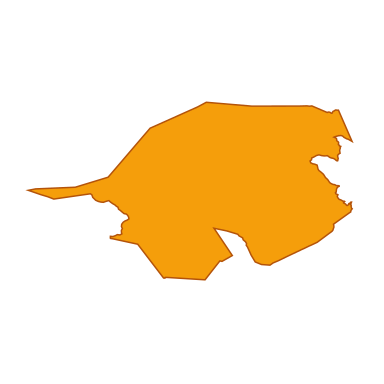 the district of San Juan Mixtepec -Dto. 08 -, Oaxaca, Mexico, rotated 266°
{"feature_id": "50627088B120983506636", "entity_name": "San Juan Mixtepec -Dto. 08 -", "entity_type": "district", "adm_level": 2, "iso_a3": "MEX", "parent_name": "Mexico", "parent_adm1": "Oaxaca", "projection": "equal_earth", "projection_center": [-97.864, 17.366], "detail": "fine", "context": "isolated", "style": "filled", "palette": "amber", "viewbox_px": 384, "rotation_deg": 266, "n_neighbors": 0, "source": "geoboundaries", "source_scale": "gbopen_adm2", "svg_char_len": 3903}
<svg xmlns="http://www.w3.org/2000/svg" viewBox="0 0 384 384"><g transform="rotate(266 192 192)"><path d="M231.3,355.2L263.4,343.8L263.4,343.2L263.6,342.2L263.8,341.0L263.4,340.1L263.0,339.6L262.7,338.5L261.7,337.6L261.0,337.4L260.8,336.8L261.0,336.2L261.6,335.6L262.0,334.9L262.2,334.0L262.2,333.3L261.9,332.4L263.8,328.7L269.5,317.6L269.4,315.2L269.9,312.7L270.2,305.8L272.6,270.3L273.5,257.5L280.5,212.5L276.5,203.6L258.6,154.7L249.4,145.6L216.9,113.6L212.6,109.3L204.9,75.9L206.0,36.2L205.1,28.8L199.9,41.0L197.3,47.9L194.6,53.6L197.3,90.6L196.0,92.0L193.6,92.6L191.9,94.1L190.5,95.3L189.1,97.9L188.3,100.4L187.9,102.9L188.6,105.4L189.0,107.3L189.2,108.5L187.7,109.9L185.9,112.1L184.5,114.2L183.1,115.5L182.0,117.1L180.0,117.5L178.7,119.1L176.9,120.9L175.2,122.7L174.5,125.1L173.0,126.3L171.4,127.0L169.6,127.2L168.5,125.4L167.7,123.0L166.6,121.2L164.7,119.6L162.5,119.2L160.3,120.0L158.7,118.9L157.1,118.8L156.1,118.9L155.1,119.1L154.2,117.0L154.7,114.5L153.8,112.6L153.1,110.0L153.5,107.5L151.8,107.3L151.5,107.4L151.6,107.7L151.2,108.1L151.1,108.5L151.1,108.9L151.0,109.2L143.7,134.2L108.2,157.6L108.0,159.0L108.6,159.3L108.6,160.2L108.5,161.3L103.5,198.9L103.6,199.0L110.4,205.1L121.3,215.0L120.7,217.1L125.8,227.8L154.3,211.4L151.8,220.3L150.7,224.1L146.9,234.1L146.6,234.8L145.0,235.8L143.9,237.5L142.7,239.3L140.8,239.7L138.6,241.9L136.8,242.8L135.0,242.4L133.5,243.4L128.7,245.2L124.9,246.6L117.8,250.2L114.8,256.3L113.6,264.7L115.6,268.0L117.5,273.6L120.8,281.7L125.1,292.7L126.2,295.6L126.6,296.4L127.9,300.0L130.0,305.2L130.5,306.7L133.1,313.4L137.3,320.0L141.5,326.5L142.2,327.7L142.9,328.7L143.0,328.9L144.1,329.9L145.2,330.3L147.0,331.1L148.9,331.1L150.0,330.9L160.1,347.3L161.1,349.0L161.5,349.0L162.1,349.1L162.7,349.4L163.4,350.1L164.1,350.6L164.4,350.1L165.3,349.9L165.9,349.9L166.5,349.7L167.3,349.8L167.6,349.8L167.8,349.9L168.1,349.6L168.3,349.5L168.4,349.4L168.6,349.5L168.8,349.5L169.0,349.5L169.3,349.6L169.5,349.7L169.6,349.8L169.8,350.0L170.1,350.2L170.2,350.3L170.4,350.3L170.3,350.1L170.3,349.9L170.5,349.7L170.7,349.8L170.8,349.9L170.8,349.7L170.7,349.6L170.4,349.4L170.1,349.2L169.9,348.9L169.7,348.1L169.4,347.6L169.1,347.7L168.8,347.7L168.5,347.2L168.1,346.6L167.8,346.1L167.7,345.7L168.3,345.0L169.0,344.6L169.8,343.7L170.3,342.8L170.6,342.4L171.2,342.7L171.6,343.2L171.9,343.6L172.3,343.0L172.3,341.9L173.2,340.8L173.7,340.0L174.1,339.1L174.4,338.3L175.6,337.4L177.2,336.6L178.1,336.8L179.0,337.4L179.6,336.5L179.9,335.7L180.6,335.2L181.1,335.1L181.5,335.1L181.8,335.8L183.4,336.1L184.6,336.3L185.9,336.9L186.5,337.6L187.1,338.2L187.3,338.8L187.4,339.2L187.9,339.2L188.1,338.7L188.2,337.6L188.4,336.5L188.6,335.9L189.0,335.5L189.4,334.8L189.6,333.7L189.9,332.8L190.4,332.0L190.9,331.1L191.1,330.7L192.6,329.5L194.2,328.7L195.4,327.8L196.3,327.0L197.0,326.2L198.0,325.7L199.0,325.2L199.5,324.9L200.1,324.6L200.8,324.1L201.4,323.5L203.0,321.9L204.6,320.1L206.1,319.3L208.3,319.0L210.1,318.7L211.2,316.4L211.8,314.2L212.3,313.5L212.8,312.5L214.7,311.9L215.8,313.5L217.6,313.8L218.3,315.8L219.7,318.7L220.2,321.3L219.3,323.7L218.8,326.2L218.7,328.4L218.8,328.7L218.8,329.6L218.1,330.4L217.7,330.9L216.9,331.9L216.4,332.9L216.1,333.7L215.8,335.0L215.0,336.5L214.1,337.4L213.3,338.2L212.9,339.0L213.1,339.6L213.5,339.6L214.3,339.9L215.4,340.2L216.8,339.8L217.6,339.9L218.4,339.8L219.1,340.5L220.0,341.6L220.3,342.4L221.7,342.3L223.1,342.2L223.9,342.4L224.5,342.6L225.1,342.9L226.0,342.9L226.5,343.0L226.7,343.4L227.1,343.6L227.4,342.7L227.7,342.3L228.3,342.3L228.8,341.6L229.4,341.3L230.3,341.6L231.3,341.7L232.2,341.0L232.6,340.4L233.4,339.9L234.2,340.0L235.1,339.9L235.7,339.4L236.5,338.1L236.8,337.5L237.1,338.3L237.5,339.9L237.7,340.9L237.7,341.4L238.0,342.1L237.9,343.1L238.0,344.1L237.8,345.0L237.4,346.0L236.6,346.9L236.2,347.1L235.4,348.2L234.9,349.1L234.4,349.7L234.0,350.7L233.8,351.4L231.3,355.2Z" fill="#f59e0b" stroke="#b45309" stroke-width="1.5"/></g></svg>